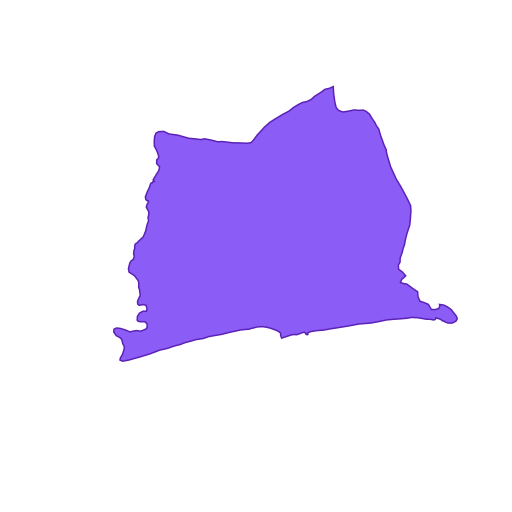 Garraway, Grand Kru, Liberia, rotated 330°
{"feature_id": "62588387B63754413826366", "entity_name": "Garraway", "entity_type": "district", "adm_level": 2, "iso_a3": "LBR", "parent_name": "Liberia", "parent_adm1": "Grand Kru", "projection": "natural_earth1", "projection_center": [-7.918, 4.551], "detail": "fine", "context": "isolated", "style": "filled", "palette": "violet", "viewbox_px": 512, "rotation_deg": 330, "n_neighbors": 0, "source": "geoboundaries", "source_scale": "gbopen_adm2", "svg_char_len": 3875}
<svg xmlns="http://www.w3.org/2000/svg" viewBox="0 0 512 512"><g transform="rotate(330 256 256)"><path d="M222.5,116.8L221.7,120.6L220.5,122.5L218.1,123.1L216.2,126.2L216.6,128.7L217.2,130.2L216.0,131.9L214.1,133.7L210.9,135.3L205.0,138.6L205.3,140.4L204.0,140.0L203.0,140.8L202.2,140.4L201.0,140.6L197.6,143.6L194.3,145.8L191.2,148.3L189.7,149.5L188.8,152.1L189.2,153.4L190.4,154.3L189.6,155.6L187.4,156.9L185.5,158.7L185.3,160.2L185.3,162.8L185.1,164.4L183.6,166.8L181.7,168.7L180.5,171.9L177.5,174.3L175.7,176.2L172.9,179.2L170.1,181.4L167.8,183.1L163.4,184.1L161.5,184.5L160.0,185.1L157.6,185.2L156.0,186.6L154.6,189.0L152.8,190.5L151.1,193.0L150.4,195.4L148.1,197.6L145.5,197.8L143.3,198.9L140.9,201.4L139.1,203.3L138.0,206.5L139.5,209.4L140.9,212.4L141.3,215.4L141.7,218.6L140.7,221.3L138.6,224.7L138.3,227.0L137.7,228.2L136.1,232.2L133.4,234.0L130.8,235.9L129.5,238.5L130.1,240.2L134.1,241.8L136.1,243.6L135.3,247.2L133.4,249.1L130.6,247.3L126.5,247.2L123.2,248.9L121.0,252.1L121.3,253.7L123.7,255.6L126.6,257.1L127.8,260.1L126.3,263.1L124.5,264.2L120.4,263.8L118.1,263.2L115.6,261.0L112.2,259.7L108.9,258.7L105.7,254.5L102.2,250.8L99.2,248.6L96.4,248.4L94.8,250.7L95.1,255.0L97.3,258.5L98.0,261.1L96.8,265.3L96.7,268.5L94.9,271.1L91.1,274.5L87.5,276.5L86.2,278.1L87.7,280.3L93.4,282.4L104.7,285.3L115.5,287.8L125.2,289.3L133.4,291.8L138.8,292.8L142.9,293.8L146.2,294.8L149.0,295.2L149.7,295.3L152.6,295.9L156.8,297.1L162.3,298.4L168.8,301.0L174.5,302.1L180.4,304.2L187.1,306.7L194.2,308.7L204.6,312.0L205.4,312.2L206.7,312.9L207.9,313.3L211.5,315.0L213.4,315.9L214.7,316.2L216.4,316.5L217.8,317.1L219.7,317.5L220.9,317.8L223.0,318.7L225.2,319.9L226.7,320.7L229.4,322.9L232.1,325.4L234.3,328.0L236.5,330.6L237.9,332.9L238.4,334.2L238.7,335.2L237.7,337.0L237.1,339.9L242.3,341.0L247.8,342.2L251.1,343.8L251.3,344.3L252.1,344.5L254.2,345.0L256.9,345.4L259.1,345.9L260.2,346.7L260.1,348.1L260.3,349.1L261.3,349.9L262.0,349.6L262.1,348.4L263.4,348.4L266.0,349.0L270.8,350.8L274.7,352.6L275.9,353.3L277.6,354.0L284.0,356.3L290.7,358.9L301.8,363.1L311.0,366.3L322.2,371.6L329.6,374.2L337.0,376.6L342.7,379.2L349.0,382.3L355.4,385.3L360.0,387.0L364.9,390.1L367.4,392.1L371.6,395.7L375.9,398.4L377.6,400.1L379.4,400.6L379.9,400.4L380.9,399.6L382.9,401.7L383.9,402.8L384.3,403.4L385.3,405.8L386.3,406.2L386.6,407.4L387.8,408.9L388.7,410.0L391.8,411.9L393.9,412.4L396.9,412.3L398.8,411.0L399.1,410.4L399.4,407.7L398.9,404.4L398.7,403.5L398.4,400.5L397.0,397.1L395.8,394.9L393.9,392.2L390.7,389.7L390.4,390.9L388.2,392.8L384.4,392.0L381.1,390.0L381.1,384.1L378.6,380.7L375.4,377.2L375.9,372.3L376.6,370.9L378.1,367.7L377.4,366.4L375.1,361.6L372.6,355.7L370.2,353.8L367.8,351.1L370.7,349.0L371.5,349.0L375.7,348.0L374.8,343.1L374.4,342.2L372.9,338.7L374.8,335.0L377.5,333.5L379.9,329.8L383.2,327.0L384.4,326.0L386.9,323.3L390.3,320.4L393.2,316.9L393.6,316.5L398.1,311.9L404.7,306.0L408.8,300.2L412.6,294.6L414.7,290.4L415.1,289.6L415.7,281.4L416.0,272.3L416.1,268.8L415.9,259.4L416.8,250.3L417.2,246.1L419.5,236.1L420.4,232.9L420.9,231.3L421.9,229.0L422.4,223.8L424.2,213.7L425.8,207.2L425.4,203.8L425.7,199.2L425.5,198.1L425.3,194.8L425.2,189.5L424.8,188.8L423.7,185.8L421.9,183.3L417.7,181.2L414.1,178.6L412.0,177.9L410.0,177.3L403.6,174.9L401.7,173.0L400.2,171.0L399.7,167.4L401.2,162.2L404.5,154.1L407.6,147.9L403.9,147.6L398.9,146.1L394.5,146.7L386.4,147.0L382.2,148.0L377.3,147.7L373.1,146.3L368.5,146.0L362.9,146.1L356.8,147.0L349.6,146.7L340.2,146.9L334.6,147.2L327.9,148.6L320.3,151.0L317.9,151.7L311.4,154.5L309.2,155.1L308.1,155.3L304.3,153.7L298.9,150.2L293.1,146.8L287.6,142.7L284.1,140.1L279.9,137.9L276.6,134.6L275.9,133.9L270.1,128.8L266.3,127.5L262.5,124.6L256.5,120.3L248.8,112.3L244.0,108.6L241.9,107.0L238.3,101.9L233.8,99.6L230.8,99.6L227.7,102.1L224.8,106.5L222.8,110.3L222.9,112.8L222.5,116.8Z" fill="#8b5cf6" stroke="#5b21b6" stroke-width="1.5"/></g></svg>